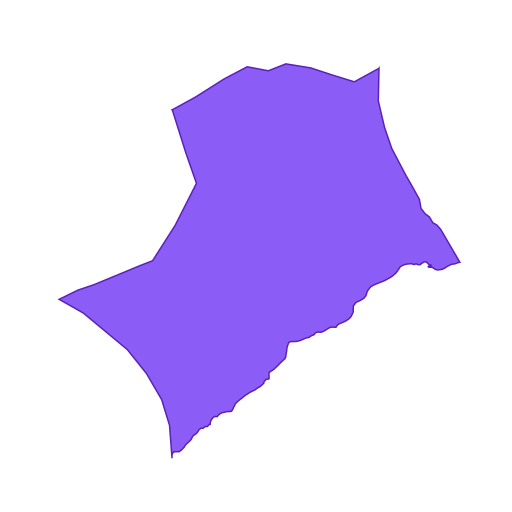 the district of Ras Gharib, Al Bahr al Ahmar, Egypt, rotated 82°
{"feature_id": "37247803B82534825994477", "entity_name": "Ras Gharib", "entity_type": "district", "adm_level": 2, "iso_a3": "EGY", "parent_name": "Egypt", "parent_adm1": "Al Bahr al Ahmar", "projection": "natural_earth1", "projection_center": [32.75, 28.506], "detail": "fine", "context": "isolated", "style": "filled", "palette": "violet", "viewbox_px": 512, "rotation_deg": 82, "n_neighbors": 0, "source": "geoboundaries", "source_scale": "gbopen_adm2", "svg_char_len": 3149}
<svg xmlns="http://www.w3.org/2000/svg" viewBox="0 0 512 512"><g transform="rotate(82 256 256)"><path d="M87.2,108.1L87.3,108.2L97.1,134.1L97.2,134.4L87.0,156.1L78.6,173.1L77.4,175.5L71.6,194.2L69.9,199.7L74.3,218.0L67.4,238.4L76.2,262.9L90.3,294.1L99.6,318.7L99.6,318.8L100.5,318.4L144.3,311.1L144.8,311.0L175.4,304.9L175.8,304.9L214.4,331.8L246.3,359.1L249.4,372.3L249.9,374.2L261.9,420.6L265.0,437.1L267.8,445.7L270.2,452.9L270.5,453.9L270.5,454.0L271.4,456.7L271.5,457.0L288.4,435.0L330.7,396.5L357.2,380.8L385.1,369.4L411.6,365.2L444.6,367.3L442.0,367.0L439.9,366.3L438.5,364.6L438.7,363.1L438.8,361.1L439.1,359.3L437.8,356.9L435.3,353.7L433.0,351.8L430.9,348.7L428.9,346.0L427.3,344.8L426.0,344.0L424.9,342.6L423.7,340.0L422.0,338.1L420.5,337.0L419.0,334.7L418.9,333.7L419.3,332.5L418.2,330.8L417.8,329.2L418.1,328.0L417.4,327.0L416.5,325.9L416.4,324.8L414.7,324.5L412.4,323.4L410.5,321.5L410.1,321.1L409.3,319.8L409.4,318.1L409.5,318.0L409.6,316.8L407.3,313.9L406.5,311.2L406.2,308.4L406.1,305.5L406.4,303.7L406.3,301.9L404.6,300.3L402.9,299.4L401.5,298.2L400.3,297.6L399.6,297.1L399.0,296.4L398.4,295.6L397.6,294.5L396.7,293.1L395.6,291.3L394.7,289.5L393.5,287.7L392.2,285.5L391.8,284.3L390.6,282.0L389.4,278.8L388.5,275.7L386.9,272.9L386.0,270.3L384.3,267.7L383.1,266.0L382.0,265.8L381.2,265.0L379.7,263.4L379.5,261.7L379.6,260.5L379.1,260.1L376.6,259.8L375.3,259.7L373.9,259.4L373.3,259.3L372.5,257.9L370.6,253.9L369.0,251.8L368.2,250.5L365.3,246.8L363.4,244.1L361.6,241.5L359.6,240.4L358.3,240.2L356.1,239.4L353.4,238.6L351.6,238.3L348.8,237.0L346.9,236.0L346.1,235.3L345.7,234.0L345.6,233.0L345.8,231.9L346.0,230.3L346.2,228.1L346.1,225.8L345.7,223.4L345.2,221.7L344.8,220.2L344.4,218.6L344.0,216.9L344.0,214.7L343.0,213.0L342.7,212.3L342.4,211.3L342.1,209.5L341.3,208.9L340.4,207.7L340.0,206.5L339.9,205.4L340.3,203.5L340.6,202.2L339.8,199.1L339.0,197.2L338.0,195.2L337.0,192.5L337.0,190.6L337.2,189.2L337.7,186.8L337.2,186.2L336.0,185.3L335.1,183.8L334.6,182.4L333.9,179.8L332.9,176.3L331.7,173.8L331.7,173.7L330.1,171.2L328.4,169.7L324.9,167.5L319.0,166.6L318.2,165.7L317.2,164.7L316.0,163.6L315.6,162.7L315.0,160.3L313.8,157.1L312.7,154.8L310.6,152.7L308.9,151.8L306.5,150.8L305.0,149.3L303.5,147.9L302.4,146.5L301.3,144.0L300.7,141.9L300.1,139.6L299.5,137.2L298.9,134.5L298.0,131.3L296.5,127.5L295.3,124.5L292.4,119.9L291.8,119.3L290.0,117.5L286.7,114.6L285.7,112.2L285.2,110.1L285.0,107.9L285.1,105.3L285.1,104.0L285.6,102.4L286.3,101.0L286.5,99.9L286.1,99.5L286.0,98.7L286.5,97.7L287.1,96.8L287.5,94.8L286.6,93.3L285.3,90.6L285.4,88.4L286.4,87.5L287.3,86.8L288.8,86.0L289.0,84.8L289.3,84.0L290.0,83.7L290.2,84.5L290.2,85.5L290.4,86.5L290.6,86.9L291.0,86.6L291.3,85.8L291.4,84.2L291.7,83.3L292.1,82.6L293.0,81.6L294.0,80.4L294.8,79.1L295.2,77.3L295.1,74.9L295.1,73.4L294.2,70.6L293.8,69.7L293.5,69.3L293.1,68.5L291.9,65.0L291.5,63.9L291.4,61.9L291.5,60.7L291.3,59.4L290.7,56.9L290.6,55.0L255.6,69.3L250.7,72.4L247.6,76.3L241.4,78.9L239.8,80.5L237.8,82.6L234.2,84.6L232.1,85.9L231.3,86.0L222.7,86.3L210.4,91.0L196.6,96.5L168.4,106.6L146.7,110.8L119.5,113.3L87.2,108.1Z" fill="#8b5cf6" stroke="#5b21b6" stroke-width="1.5"/></g></svg>